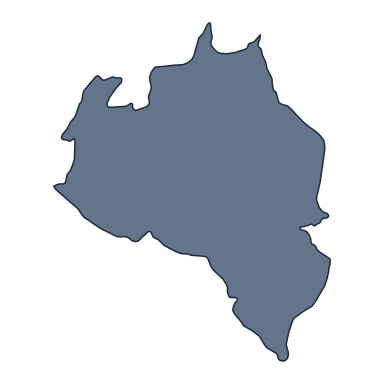 the border of Portuguesa
{"feature_id": "VEN-35", "entity_name": "Portuguesa", "entity_type": "State", "adm_level": 1, "iso_a3": "VEN", "parent_name": "Venezuela", "parent_adm1": "", "projection": "robinson", "projection_center": [-69.276, 8.978], "detail": "fine", "context": "isolated", "style": "filled", "palette": "slate", "viewbox_px": 384, "rotation_deg": 0, "n_neighbors": 0, "source": "natural_earth", "source_scale": "10m", "svg_char_len": 4027}
<svg xmlns="http://www.w3.org/2000/svg" viewBox="0 0 384 384"><path d="M260.1,35.1L260.2,37.7L258.1,43.7L258.1,45.7L258.8,46.9L261.0,49.1L261.5,50.6L262.3,55.1L265.5,61.6L267.0,68.8L270.8,76.0L272.1,79.4L272.4,84.9L273.0,88.4L274.1,90.8L276.0,92.2L278.7,102.0L280.4,103.7L283.4,104.8L287.5,105.9L291.4,109.5L294.1,112.2L296.0,114.5L299.7,118.3L305.3,123.9L311.1,128.3L314.8,130.8L318.2,133.6L320.6,136.1L323.6,140.2L324.5,143.8L324.8,148.5L324.3,152.9L320.2,181.8L317.5,193.4L316.8,196.4L316.5,198.4L316.8,201.0L319.3,207.7L322.3,211.3L323.4,212.0L325.3,212.6L326.9,213.5L327.6,214.0L328.2,214.7L328.5,215.5L328.5,216.4L327.8,217.3L327.2,217.8L323.7,218.4L322.3,218.9L321.7,219.4L321.1,220.2L320.4,222.0L319.8,222.7L319.1,223.2L317.4,224.0L316.6,224.4L315.3,225.5L314.5,225.8L313.7,225.7L313.0,225.2L312.4,224.6L311.8,224.2L311.0,224.2L310.1,224.5L308.6,225.3L301.8,227.0L300.0,227.6L299.7,228.3L299.9,229.0L301.6,229.9L304.2,230.5L305.1,230.8L306.7,231.7L307.6,232.8L308.7,234.3L310.3,237.5L310.8,239.5L311.0,241.2L310.9,242.4L311.3,243.4L312.0,244.1L313.5,244.7L314.8,245.5L316.1,247.3L317.2,249.7L320.0,252.3L330.0,258.9L330.2,261.5L329.8,265.1L328.9,268.4L328.8,269.4L328.6,271.8L327.1,278.2L324.9,285.3L316.2,300.3L312.0,306.2L302.7,311.8L294.1,318.1L293.3,319.3L292.5,320.9L288.7,332.4L286.3,343.7L286.4,345.3L288.2,352.2L288.4,354.5L287.6,358.1L286.4,359.5L285.8,360.0L285.0,360.6L284.1,360.9L283.0,361.0L282.0,360.9L280.0,360.4L279.2,359.8L278.5,359.0L278.0,357.7L277.4,355.3L276.9,354.1L275.8,353.0L267.9,348.5L266.8,347.7L265.7,346.5L261.9,340.5L260.1,337.2L259.2,336.1L252.5,330.9L244.5,326.3L243.7,325.7L242.9,324.8L241.4,322.1L234.9,314.3L233.5,312.0L232.8,310.1L232.9,308.9L233.4,306.8L234.1,304.9L235.0,303.2L235.5,302.4L236.7,301.1L237.2,300.3L237.4,299.4L237.2,298.6L236.3,297.9L234.5,297.5L230.7,297.5L229.7,297.2L228.9,296.6L228.1,294.0L227.5,292.5L227.4,291.3L227.6,289.1L227.6,288.0L227.4,286.9L226.7,285.2L223.3,279.5L222.7,278.8L213.6,270.3L212.4,268.8L210.6,265.5L207.7,258.2L206.7,257.3L205.3,256.6L202.2,256.1L191.2,255.3L189.3,254.6L188.3,253.9L182.8,253.8L180.0,253.2L176.7,252.0L164.5,245.7L158.3,239.7L153.3,237.2L150.8,232.0L149.8,231.1L147.9,232.0L146.9,232.8L145.4,234.4L143.2,236.1L139.4,240.0L138.0,241.0L137.0,241.4L135.7,241.6L132.2,240.8L128.3,237.6L124.4,236.5L120.2,237.0L117.1,236.5L116.1,236.2L100.9,228.7L84.5,217.6L82.3,215.4L78.1,208.9L55.6,189.3L53.8,186.2L56.4,184.9L58.4,184.2L59.4,184.0L63.9,183.8L64.9,183.0L65.7,181.6L66.9,175.9L67.4,174.1L70.1,171.0L71.4,168.2L74.4,159.7L75.0,141.5L74.0,138.5L71.1,140.6L70.2,140.9L69.3,141.1L68.5,140.9L66.9,140.1L66.0,139.8L64.0,139.8L63.1,139.5L62.3,139.1L61.8,138.4L61.5,137.4L61.9,135.9L62.7,134.2L67.0,129.1L70.4,122.2L73.3,118.9L74.1,118.2L75.8,115.0L79.5,103.8L81.2,102.2L82.0,99.6L83.0,93.7L83.5,91.8L84.0,90.7L94.9,77.6L96.5,76.2L97.8,75.8L98.6,76.2L100.0,77.3L101.2,78.5L101.7,79.1L102.5,80.0L103.7,80.1L105.4,79.9L111.0,77.5L112.5,77.0L113.5,77.1L115.3,77.6L116.4,77.9L117.7,78.0L119.5,77.8L120.7,78.1L121.5,78.7L121.7,79.7L121.7,80.7L121.5,81.7L121.1,82.6L115.1,89.3L112.0,93.9L110.9,95.3L109.4,97.7L107.1,103.2L107.0,104.4L107.1,105.5L108.0,106.8L109.4,107.2L110.7,107.3L125.8,106.3L128.3,105.1L129.9,103.9L131.0,103.4L131.9,103.5L132.4,104.2L132.6,105.2L132.7,106.4L133.0,108.6L135.5,110.6L146.3,106.8L149.0,104.5L149.2,103.3L149.3,102.1L149.3,100.8L149.0,99.8L148.7,98.9L148.5,97.5L148.7,95.8L151.0,89.1L151.2,88.1L151.1,85.8L151.0,84.7L150.1,81.7L149.8,79.3L149.5,76.9L151.4,72.0L153.1,69.6L155.2,67.1L160.3,66.7L165.4,66.2L174.0,65.2L182.9,64.7L187.6,62.8L191.9,59.4L194.0,55.5L194.9,51.9L198.9,37.8L203.4,33.1L206.8,25.5L207.9,23.9L209.0,23.0L210.0,23.0L210.5,23.8L211.0,30.9L211.9,35.2L212.1,37.4L211.9,38.4L211.3,40.4L210.9,42.7L210.9,43.9L211.5,45.5L212.7,47.3L215.5,50.5L217.1,51.9L218.5,52.7L220.4,53.3L226.9,53.8L235.3,52.5L245.3,49.2L246.1,48.8L246.8,48.3L247.4,47.5L247.8,46.6L248.0,45.5L248.5,44.4L249.3,43.5L253.7,42.0L254.4,41.5L260.0,35.2L260.1,35.1Z" fill="#64748b" stroke="#1e293b" stroke-width="1.5"/></svg>